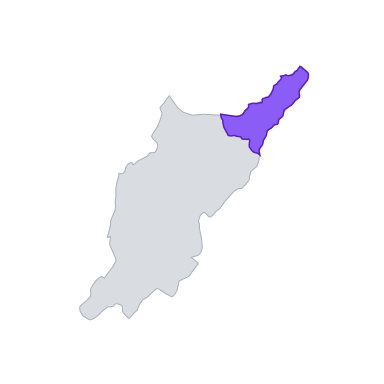 location of Abkhazia within Georgia, rotated 108°
{"feature_id": "GEO-3015", "entity_name": "Abkhazia", "entity_type": "Autonomous Republic", "adm_level": 1, "iso_a3": "GEO", "parent_name": "Georgia", "parent_adm1": "", "projection": "orthographic", "projection_center": [41.203, 42.991], "detail": "fine", "context": "in_parent", "style": "filled", "palette": "violet", "viewbox_px": 384, "rotation_deg": 108, "n_neighbors": 0, "source": "natural_earth", "source_scale": "10m", "svg_char_len": 3882}
<svg xmlns="http://www.w3.org/2000/svg" viewBox="0 0 384 384"><g transform="rotate(108 192 192)"><path d="M196.8,267.2L196.8,266.0L196.4,264.2L194.9,263.0L192.9,262.2L189.2,262.6L185.8,261.8L183.3,259.6L182.8,257.9L184.1,256.4L183.1,255.3L178.8,252.6L171.7,245.7L167.8,244.2L166.1,239.9L164.6,239.0L161.3,238.6L157.8,239.1L157.1,239.6L156.0,240.3L153.4,245.8L151.5,247.7L146.8,246.9L142.9,245.7L139.7,245.0L133.6,244.6L126.6,244.6L121.9,248.5L119.9,248.0L116.3,246.2L110.5,244.6L107.5,243.4L116.2,231.8L118.8,224.9L118.9,220.8L118.9,215.6L114.3,204.7L110.4,189.3L106.3,173.3L103.1,168.5L90.0,163.0L87.0,156.7L76.9,148.5L63.0,144.9L60.2,143.3L48.2,133.0L38.8,126.3L40.9,122.3L43.6,118.1L46.6,117.2L55.1,118.9L62.9,120.9L68.7,119.6L75.5,122.9L81.7,126.8L88.0,129.4L100.3,132.0L104.9,135.5L110.3,138.9L131.3,140.6L133.0,140.0L134.5,139.5L141.5,138.1L147.7,138.3L154.4,142.4L158.6,142.1L163.1,141.4L168.9,143.5L173.5,146.0L174.0,148.5L178.0,152.1L189.8,157.5L199.3,160.5L202.3,162.7L209.6,166.2L210.4,167.3L210.2,168.9L208.3,171.7L207.8,174.2L208.9,175.6L211.9,176.9L217.8,177.0L219.9,175.1L224.3,173.7L228.6,171.3L234.3,168.0L242.1,164.9L245.3,164.8L248.4,165.5L250.6,167.0L254.4,172.5L257.6,164.4L258.5,163.8L261.9,165.2L267.7,167.2L271.8,168.2L274.0,169.7L280.5,176.7L290.3,175.8L294.6,176.7L296.9,177.8L298.0,179.1L296.6,186.4L294.5,194.1L294.8,195.9L299.0,198.5L304.5,201.2L307.6,203.5L309.7,205.5L314.1,206.9L319.2,207.6L321.6,207.6L324.2,209.3L331.0,212.3L331.8,213.1L330.9,215.3L328.5,219.5L326.5,221.6L324.2,222.1L322.0,223.1L321.3,225.3L321.4,228.1L321.9,230.0L322.5,230.7L324.9,231.2L327.6,236.9L331.4,239.6L337.3,242.6L342.5,246.0L345.2,249.4L344.9,251.9L343.6,257.3L339.6,261.9L336.2,263.2L334.9,262.9L332.5,261.7L327.7,258.6L322.5,256.2L318.7,257.3L316.2,258.5L311.1,257.6L305.0,255.6L301.8,253.5L300.3,251.9L301.1,248.9L287.4,244.2L280.8,243.0L277.9,244.8L268.4,253.3L267.3,254.2L259.7,255.7L259.7,256.3L261.5,258.0L261.2,258.5L248.5,259.3L244.3,260.5L232.9,259.5L229.2,260.3L226.1,261.7L218.4,263.4L213.1,265.3L206.2,266.4L199.2,266.6L196.8,267.2Z" fill="#d9dde1" stroke="#a8b0b8" stroke-width="1"/><path d="M47.2,116.8L50.2,116.8L61.2,121.1L62.9,121.3L64.3,120.9L67.2,119.4L68.9,119.3L70.1,119.9L70.5,120.3L72.8,122.0L77.3,123.6L78.8,124.4L84.8,129.4L86.2,129.7L90.9,129.1L92.4,129.4L93.8,130.2L95.2,131.3L96.7,132.0L99.9,131.3L101.3,131.9L101.7,132.5L102.3,133.9L102.8,134.5L103.4,135.0L105.7,135.8L106.9,136.5L108.9,138.5L110.1,139.2L111.8,139.3L115.0,138.8L116.7,139.0L119.6,139.8L121.0,140.0L124.1,139.6L125.4,139.7L126.7,140.0L128.1,140.7L129.5,141.1L131.0,141.2L132.4,140.9L135.9,138.8L135.3,140.3L134.8,141.9L135.0,143.7L135.1,145.4L134.4,147.1L133.6,148.6L132.5,149.8L131.7,151.2L129.4,152.2L125.0,153.1L124.7,153.5L124.0,154.5L124.8,155.5L125.2,156.8L125.4,158.2L125.5,158.4L125.9,159.5L126.1,160.8L125.4,161.8L124.9,162.2L124.4,162.7L124.4,163.3L124.7,163.9L125.2,166.7L125.2,168.3L125.3,169.8L126.6,172.0L126.8,173.4L127.0,174.6L126.6,175.7L125.8,176.2L124.8,177.0L124.1,178.1L120.5,181.7L116.6,184.0L114.3,184.8L113.7,185.6L112.7,186.8L111.0,187.9L110.4,188.2L109.4,188.7L109.1,188.8L106.8,174.5L106.0,172.0L104.8,170.0L103.3,168.4L101.5,167.3L98.1,166.7L97.3,166.3L96.6,165.6L95.5,165.0L94.4,164.6L93.5,164.4L92.9,164.6L92.0,165.1L91.5,165.3L91.0,165.0L88.9,161.8L87.9,158.1L86.1,154.8L85.3,153.0L84.2,153.1L82.4,153.9L81.3,153.5L79.9,151.4L79.2,150.9L79.2,150.6L78.1,148.8L77.8,148.5L74.5,147.2L70.1,146.6L68.0,146.7L66.5,147.0L66.0,147.1L65.4,146.9L64.6,146.0L64.1,145.8L63.9,145.6L63.2,144.8L62.8,144.5L62.3,144.3L60.9,144.1L57.3,142.3L55.7,142.1L54.5,143.6L54.1,143.1L53.4,141.4L53.0,140.6L52.0,139.6L51.6,138.9L51.8,137.0L51.1,135.2L50.1,133.5L49.4,132.6L48.1,131.9L45.6,131.2L44.2,129.7L43.6,129.4L41.5,129.0L40.2,128.4L39.1,128.2L39.3,127.1L42.5,119.2L43.1,118.3L44.2,117.6L47.2,116.8Z" fill="#8b5cf6" stroke="#5b21b6" stroke-width="1.5"/></g></svg>